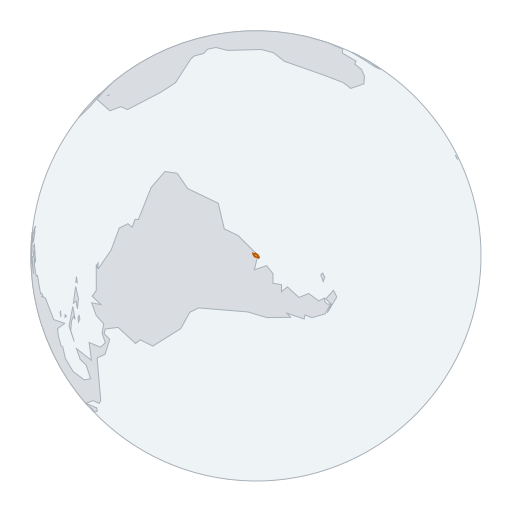 Rocha on an orthographic globe, rotated 277°
{"feature_id": "URY-22", "entity_name": "Rocha", "entity_type": "Department", "adm_level": 1, "iso_a3": "URY", "parent_name": "Uruguay", "parent_adm1": "", "projection": "orthographic", "projection_center": [-54.149, -33.966], "detail": "fine", "context": "on_globe", "style": "filled", "palette": "amber", "viewbox_px": 512, "rotation_deg": 277, "n_neighbors": 0, "source": "natural_earth", "source_scale": "10m", "svg_char_len": 4054}
<svg xmlns="http://www.w3.org/2000/svg" viewBox="0 0 512 512"><g transform="rotate(277 256 256)"><circle cx="256" cy="256" r="225" fill="#eef3f6" stroke="#a8b0b8"/><path d="M193.2,39.6L194.7,39.4L199.3,38.0L199.4,37.9L220.3,33.6L241.5,31.2L252.2,31.0L252.3,31.3L241.2,32.3L225.4,33.7L211.0,37.4L228.2,33.8L228.1,35.4L231.3,35.4L235.9,35.0L239.0,34.0L240.6,34.6L224.2,37.8L222.5,37.3L227.7,36.1L220.3,37.1L209.3,40.2L210.1,41.4L192.6,46.7L193.0,47.8L189.4,49.9L190.0,47.7L188.6,52.1L168.2,63.0L165.9,74.3L159.7,67.9L152.3,69.6L143.0,73.5L142.4,75.2L131.0,79.3L119.0,88.6L112.1,100.6L114.0,106.8L126.9,100.8L132.0,94.1L142.2,89.1L132.4,105.4L149.8,100.9L146.6,112.7L151.3,117.1L160.6,112.7L170.1,113.1L177.6,104.6L189.5,98.6L188.9,108.0L196.1,98.2L202.3,101.7L226.2,98.7L224.2,101.0L244.3,111.5L267.1,116.9L272.4,124.9L269.6,129.6L277.7,131.5L277.8,134.8L311.1,143.5L328.7,155.3L328.5,167.7L314.6,180.0L303.7,212.1L279.1,221.2L274.1,235.7L257.1,257.7L242.1,256.1L247.7,267.6L240.4,275.1L231.0,276.1L230.6,284.8L223.7,285.6L229.2,290.9L220.1,303.6L225.2,312.9L219.1,323.7L222.7,329.3L219.6,329.6L217.0,332.3L217.4,335.8L207.0,331.7L201.6,319.0L203.4,311.7L199.3,311.5L203.0,293.8L199.4,297.9L196.2,274.3L199.5,254.7L197.5,205.3L192.0,197.1L174.8,190.2L154.0,164.6L158.7,151.3L154.5,147.1L168.3,127.8L165.2,115.2L160.5,114.7L155.4,121.0L140.0,118.1L135.5,110.7L93.7,119.5L90.6,118.4L92.6,112.0L89.1,105.1L85.8,116.5L82.4,117.3L81.7,114.9L84.6,111.4L87.5,106.5L87.2,106.8L98.2,95.3L109.9,84.5L122.3,74.7L135.5,65.7L149.2,57.7L163.4,50.6L178.1,44.6L193.2,39.6ZM163.6,79.0L183.6,80.3L171.1,84.1L173.7,82.2L168.9,80.8L159.5,81.2L148.9,86.0L163.6,79.0ZM175.1,69.3L171.5,69.8L175.2,68.8L175.1,69.3ZM225.2,341.2L208.3,333.7L217.4,336.7L221.8,330.5L231.4,337.1L225.2,341.2ZM238.9,325.8L245.1,322.6L247.2,324.2L243.4,326.8L238.9,325.8ZM396.4,79.8L398.4,82.3L393.2,79.2L384.0,73.0L372.0,63.2L380.5,68.2L396.4,79.8ZM480.0,280.1L476.6,300.9L471.9,316.8L467.9,317.0L461.6,331.6L458.6,330.6L454.0,338.0L447.8,341.7L440.0,342.1L433.9,329.6L438.7,321.6L443.7,301.6L452.8,260.2L460.0,248.4L461.6,236.0L456.6,202.4L458.1,190.8L455.4,182.8L450.7,179.4L446.9,170.2L443.5,167.2L418.1,154.9L406.9,141.5L385.7,110.7L387.8,103.7L382.3,93.3L392.3,78.8L401.1,85.0L411.9,93.4L423.0,104.8L433.2,116.9L442.5,129.6L450.9,143.0L458.4,157.0L464.8,171.5L470.2,186.3L474.6,201.5L477.9,217.0L480.1,232.7L481.2,248.5L481.1,264.3L480.0,280.1ZM396.7,88.6L398.3,91.1L396.7,88.6ZM227.0,98.5L229.8,100.2L225.9,100.5L227.0,98.5ZM168.8,87.8L173.3,86.9L175.5,87.6L171.9,88.9L168.8,87.8ZM208.1,80.3L213.6,80.4L207.7,81.8L208.1,80.3ZM186.9,80.5L203.7,80.7L192.3,84.9L181.8,85.2L189.4,82.9L186.9,80.5ZM171.8,73.9L174.5,73.7L173.3,75.3L171.8,73.9ZM177.8,68.7L176.6,69.0L175.5,68.4L177.8,68.7ZM229.0,35.2L230.4,35.0L234.8,34.7L232.2,35.2L229.0,35.2ZM256.9,32.7L258.9,33.7L255.8,33.1L252.6,33.6L242.1,33.3L251.8,31.4L249.3,32.1L256.9,32.7ZM230.8,33.2L236.3,33.1L229.9,33.3L230.8,33.2ZM380.8,441.6L376.2,444.5L378.2,442.8L380.8,441.6ZM463.3,344.2L456.3,357.0L458.1,351.2L463.1,341.2L469.9,326.2L469.7,327.4L463.3,344.2Z" fill="#d9dde1" stroke="#a8b0b8" stroke-width="1"/><path d="M258.1,252.7L258.0,252.9L258.0,253.2L258.1,253.8L258.0,254.4L258.0,254.8L258.3,254.9L258.3,255.0L258.5,255.1L258.4,255.2L258.3,255.4L258.2,255.5L258.1,256.0L258.0,256.3L257.9,256.5L257.7,256.7L257.5,256.9L257.4,256.9L257.3,257.1L257.2,257.5L257.3,257.6L257.2,257.7L256.8,257.9L256.6,258.1L256.1,258.5L256.0,258.8L255.7,258.8L255.7,258.7L255.7,258.4L255.4,258.3L255.5,258.4L255.5,258.5L255.4,258.6L255.5,258.7L255.6,258.8L254.8,259.3L254.7,259.2L254.8,259.2L254.8,258.9L254.7,258.7L254.8,258.6L254.8,258.4L254.9,258.2L254.7,257.9L254.8,257.7L254.9,257.3L254.9,257.2L254.9,256.9L254.9,256.7L255.0,256.6L254.9,255.8L255.0,255.7L255.1,255.4L255.2,255.1L255.3,255.1L255.2,254.8L255.3,254.7L255.6,254.5L255.7,254.4L255.8,254.1L256.0,254.1L256.3,253.9L256.5,253.8L256.5,253.7L256.8,253.5L256.8,253.4L257.0,253.2L257.3,252.9L257.5,252.9L257.8,252.8L258.1,252.7L258.1,252.7Z" fill="#f59e0b" stroke="#b45309" stroke-width="1.5"/></g></svg>